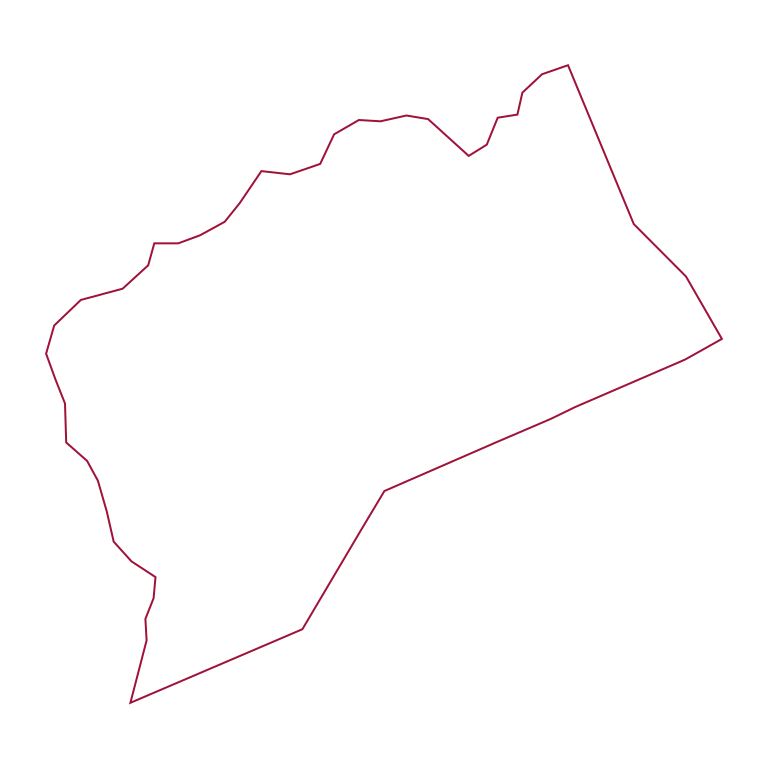 the district of Serra Redonda, Paraíba, Brazil
{"feature_id": "56859067B59218361658405", "entity_name": "Serra Redonda", "entity_type": "district", "adm_level": 2, "iso_a3": "BRA", "parent_name": "Brazil", "parent_adm1": "Paraíba", "projection": "natural_earth1", "projection_center": [-35.671, -7.175], "detail": "fine", "context": "isolated", "style": "outline", "palette": "rose", "viewbox_px": 768, "rotation_deg": 0, "n_neighbors": 0, "source": "geoboundaries", "source_scale": "gbopen_adm2", "svg_char_len": 716}
<svg xmlns="http://www.w3.org/2000/svg" viewBox="0 0 768 768"><path d="M261.4,171.1L239.8,203.0L224.7,221.8L200.0,235.3L178.3,243.3L154.3,243.3L148.2,265.3L122.6,288.7L80.9,299.9L54.2,325.5L46.1,353.7L55.4,379.3L65.0,403.5L66.2,442.5L87.1,460.9L97.9,480.7L106.8,511.6L113.7,541.7L131.5,561.4L155.5,577.1L153.6,598.2L145.4,618.9L146.6,640.4L130.4,702.8L149.3,694.7L302.4,629.2L361.6,529.1L384.4,491.0L495.7,442.5L551.0,418.8L575.0,407.1L685.2,359.5L721.9,338.9L686.0,276.5L633.8,224.1L568.0,65.2L542.1,74.2L522.4,92.6L517.4,114.6L497.7,117.7L486.8,144.6L468.7,155.9L428.1,119.1L406.4,115.5L380.5,121.3L358.9,120.0L334.1,134.3L320.2,163.9L290.0,174.3L261.4,171.1Z" fill="none" stroke="#9f1239" stroke-width="2"/></svg>